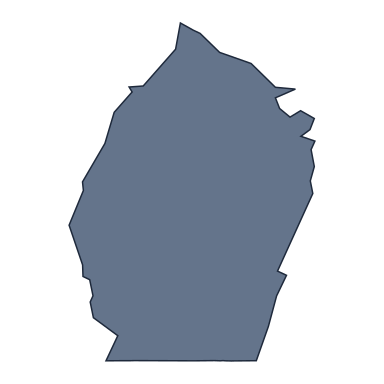 the district of Bradley, Tennessee, United States of America
{"feature_id": "52423323B55415638355986", "entity_name": "Bradley", "entity_type": "district", "adm_level": 2, "iso_a3": "USA", "parent_name": "United States of America", "parent_adm1": "Tennessee", "projection": "orthographic", "projection_center": [-84.846, 35.173], "detail": "fine", "context": "isolated", "style": "filled", "palette": "slate", "viewbox_px": 384, "rotation_deg": 0, "n_neighbors": 0, "source": "geoboundaries", "source_scale": "gbopen_adm2", "svg_char_len": 771}
<svg xmlns="http://www.w3.org/2000/svg" viewBox="0 0 384 384"><path d="M230.4,360.9L231.4,361.0L232.2,360.9L256.3,360.7L268.4,326.4L276.6,295.9L286.5,275.3L277.5,271.1L312.8,193.5L310.3,180.9L314.3,166.6L311.1,149.6L314.9,141.1L300.9,136.3L310.0,129.6L314.3,118.5L300.6,110.7L290.0,117.1L279.6,108.5L275.4,97.8L295.4,89.1L275.4,87.3L251.1,63.5L219.6,52.4L200.1,33.4L193.3,30.2L180.4,23.0L175.6,49.2L143.2,86.0L129.1,87.0L132.1,92.0L114.2,112.3L104.9,143.5L82.5,181.9L83.4,190.5L69.1,225.2L82.6,264.9L83.0,276.5L89.7,279.7L93.0,295.8L90.2,302.0L93.4,317.7L117.8,335.7L106.0,360.8L121.9,360.7L130.3,360.7L134.1,360.6L192.4,360.8L194.9,360.8L214.5,360.6L220.3,360.8L223.0,360.6L225.4,360.8L230.2,360.9L230.4,360.9Z" fill="#64748b" stroke="#1e293b" stroke-width="1.5"/></svg>